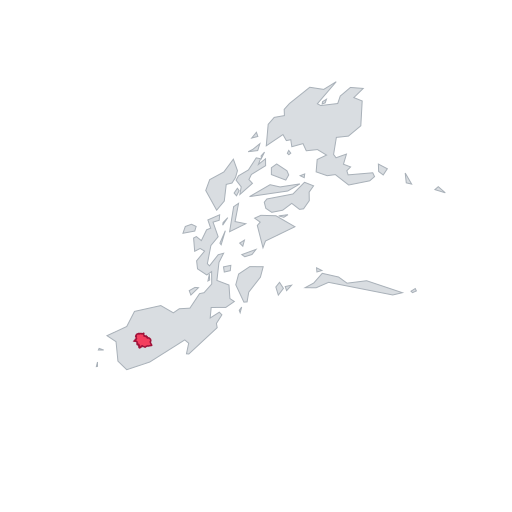 Kalinga, Kalinga, Philippines shown in context, rotated 238°
{"feature_id": "2640588B22535822566030", "entity_name": "Kalinga", "entity_type": "district", "adm_level": 2, "iso_a3": "PHL", "parent_name": "Philippines", "parent_adm1": "Kalinga", "projection": "robinson", "projection_center": [121.313, 17.431], "detail": "fine", "context": "in_parent", "style": "filled", "palette": "rose", "viewbox_px": 512, "rotation_deg": 238, "n_neighbors": 0, "source": "geoboundaries", "source_scale": "gbopen_adm2", "svg_char_len": 6364}
<svg xmlns="http://www.w3.org/2000/svg" viewBox="0 0 512 512"><g transform="rotate(238 256 256)"><path d="M240.0,83.2L257.5,91.9L267.4,87.4L264.7,109.0L273.4,123.6L264.4,149.0L251.6,155.8L251.9,163.0L246.8,172.3L254.0,188.2L252.4,192.5L255.7,203.6L266.3,210.1L266.0,204.2L276.1,199.6L283.4,203.1L287.4,215.0L292.0,212.6L292.5,206.5L304.3,212.6L304.1,215.7L298.0,217.8L304.4,228.0L303.6,232.3L312.1,234.3L310.2,247.0L305.8,243.7L307.5,237.5L292.4,234.1L288.8,223.3L275.3,210.7L272.3,211.3L277.1,224.6L275.5,230.0L270.2,221.2L256.0,209.9L245.7,217.7L233.7,211.3L228.9,213.5L228.4,203.1L236.1,190.7L227.7,184.3L227.8,195.1L224.2,195.9L219.8,186.7L215.8,185.1L208.5,147.1L209.9,145.2L217.7,152.7L222.6,151.1L222.4,109.7L228.1,86.1L240.0,83.2ZM344.0,323.1L361.2,336.1L363.9,344.9L360.0,354.5L365.4,357.6L367.6,365.2L370.6,391.0L361.4,401.7L361.3,416.4L352.6,388.7L349.3,390.6L342.0,406.1L347.0,412.2L348.9,425.4L341.3,435.7L338.5,422.9L331.2,428.2L310.9,413.9L308.7,397.9L314.0,387.0L301.0,375.6L296.9,375.9L294.5,386.7L287.5,378.8L281.4,383.4L280.2,378.2L276.0,377.1L264.7,399.1L260.5,398.6L259.5,392.3L267.1,372.2L283.0,366.4L286.4,358.9L295.5,351.6L305.4,359.0L304.2,369.3L313.7,364.5L318.6,354.4L326.4,355.4L329.7,344.3L336.2,347.1L337.8,342.9L344.7,343.2L344.0,323.1ZM292.8,336.2L285.0,342.0L282.0,334.9L274.7,330.5L270.8,321.3L272.5,317.6L281.7,314.2L280.7,302.9L284.7,292.5L291.2,289.6L297.2,291.5L298.6,295.4L289.0,320.2L292.8,336.2ZM338.2,248.1L345.3,257.2L344.3,273.3L350.1,288.1L338.2,285.5L333.4,280.2L330.6,274.3L332.5,268.7L319.4,258.2L315.7,246.9L338.2,248.1ZM259.3,266.3L281.2,273.3L282.5,277.5L288.8,274.9L287.9,281.7L279.6,294.2L260.2,304.5L263.7,272.0L259.3,266.3ZM176.4,336.7L147.3,360.7L150.5,351.3L195.2,303.6L197.2,290.1L203.1,280.9L202.5,290.7L206.2,303.0L194.4,314.9L184.7,318.8L176.4,336.7ZM223.3,221.3L242.3,223.6L249.9,231.7L250.3,245.1L243.1,256.4L235.7,248.5L229.2,230.7L221.8,224.1L223.3,221.3ZM322.5,280.1L330.9,279.3L333.3,283.7L333.0,295.2L339.1,308.2L336.1,311.4L332.4,306.6L333.4,315.6L327.5,312.0L327.6,295.3L324.6,290.5L319.5,291.5L316.7,274.9L322.5,280.1ZM293.9,331.4L294.3,317.4L309.8,282.0L309.0,305.7L301.8,313.0L293.9,331.4ZM323.1,322.3L311.9,327.4L307.4,326.7L304.6,321.5L316.9,312.2L322.7,315.8L323.1,322.3ZM290.6,246.5L309.7,263.2L309.9,269.1L296.3,256.5L288.8,264.4L290.6,246.5ZM317.1,218.1L312.8,220.9L309.6,217.3L314.0,206.1L318.5,211.7L317.1,218.1ZM269.1,408.5L260.4,413.6L257.3,406.8L262.7,404.8L269.1,408.5ZM211.0,254.2L219.2,256.4L221.2,262.0L214.0,262.1L211.0,254.2ZM259.2,220.6L264.0,222.7L261.4,229.7L257.2,226.4L259.2,220.6ZM238.4,422.2L247.3,426.5L234.5,426.1L238.4,422.2ZM349.2,318.8L344.5,313.3L348.6,304.6L348.1,309.9L349.2,318.8ZM264.7,244.7L261.6,259.5L259.4,253.4L261.3,246.1L264.7,244.7ZM217.5,442.9L218.2,447.3L209.3,450.0L217.5,442.9ZM262.0,181.0L261.7,187.6L259.6,190.4L257.4,180.1L262.0,181.0ZM278.0,296.5L274.1,305.0L274.1,300.1L278.0,296.5ZM214.6,264.6L212.4,270.7L210.4,263.6L214.6,264.6ZM323.3,276.1L320.3,276.3L317.4,271.4L321.0,270.8L323.3,276.1ZM275.6,249.0L275.6,254.6L271.3,250.0L275.6,249.0ZM360.7,321.9L356.4,320.9L358.3,314.9L360.7,321.9ZM286.0,232.2L293.7,243.4L284.0,232.4L286.0,232.2ZM213.9,301.1L208.8,304.2L210.2,299.2L213.9,301.1ZM300.7,336.0L299.8,340.8L296.9,338.4L300.7,336.0ZM301.8,245.8L303.5,252.4L299.8,244.1L301.8,245.8ZM144.0,373.8L141.4,373.5L142.0,369.3L144.0,368.8L144.0,373.8ZM328.2,339.7L324.8,340.0L324.5,337.5L326.5,337.0L328.2,339.7ZM351.6,398.8L349.2,395.8L349.9,392.7L351.6,394.2L351.6,398.8ZM218.8,213.0L220.3,216.8L216.3,212.5L218.8,213.0ZM338.2,313.4L339.6,318.3L335.9,312.3L338.2,313.4ZM260.8,74.0L257.0,77.0L259.8,72.5L260.8,74.0ZM265.4,206.9L260.2,204.0L260.3,202.0L265.4,206.9ZM246.8,62.0L250.1,65.4L246.4,63.1L246.8,62.0Z" fill="#d9dde1" stroke="#a8b0b8" stroke-width="1"/><path d="M235.5,120.2L235.7,120.3L236.2,120.3L236.3,120.4L237.6,120.4L238.3,120.5L238.8,120.7L239.2,120.7L239.5,121.1L239.6,121.4L239.6,121.6L239.9,121.9L240.3,122.1L240.7,122.2L241.3,122.4L241.6,122.3L241.8,122.3L242.3,122.2L242.6,122.0L242.9,122.0L243.3,121.8L243.4,121.7L243.6,121.4L243.6,121.2L243.7,120.8L243.9,120.8L244.0,120.7L244.3,120.7L244.4,120.4L244.5,120.3L244.8,120.5L245.1,120.7L245.3,120.7L245.5,120.6L245.6,120.4L245.8,120.2L245.8,120.3L245.9,120.2L246.0,120.2L246.2,119.9L246.3,119.9L246.4,120.0L246.4,119.9L246.5,119.9L246.7,119.7L246.8,119.7L247.0,119.4L247.2,119.2L247.2,119.3L247.2,119.2L247.3,119.2L247.5,119.2L247.9,119.1L248.7,119.0L249.0,119.0L249.3,119.1L249.5,119.2L249.5,119.3L249.6,119.5L249.7,119.4L249.8,119.5L250.0,119.6L250.1,118.9L250.3,118.4L250.5,118.2L250.8,117.5L251.3,117.4L251.6,116.2L251.9,115.5L252.4,115.6L252.4,115.3L252.5,114.8L252.6,114.7L252.7,114.3L252.8,113.9L252.8,113.7L252.8,113.4L252.6,113.3L252.5,112.9L252.4,112.7L252.5,112.5L252.0,111.8L251.9,111.8L251.8,111.7L251.7,112.1L251.2,111.9L251.1,111.7L250.5,111.2L250.2,111.1L249.7,111.0L249.5,110.9L249.3,110.9L249.2,110.8L249.2,110.4L249.1,110.0L249.0,109.7L248.8,109.5L249.0,109.4L248.7,109.1L248.8,109.0L248.8,108.9L248.7,108.8L248.7,108.7L248.6,108.8L248.6,108.7L248.6,108.8L248.4,108.8L248.4,109.0L248.2,109.0L247.9,108.9L247.9,108.4L247.9,108.2L247.4,108.9L246.6,109.3L246.3,109.6L245.8,109.3L244.6,109.2L244.8,109.0L244.8,108.9L244.7,108.9L244.7,108.7L244.4,108.5L244.3,108.4L244.2,108.4L244.2,108.5L244.1,108.4L243.8,108.4L243.8,108.5L243.7,108.7L243.5,108.8L243.6,109.0L243.4,109.2L243.2,109.2L243.2,109.3L243.1,109.5L242.9,109.7L242.7,109.7L242.3,109.5L242.2,109.5L242.2,109.4L242.0,109.2L241.9,109.2L241.7,109.2L241.7,108.9L241.4,108.9L241.2,108.9L241.1,109.0L241.0,108.9L241.0,108.7L240.9,108.6L240.7,108.7L240.4,108.7L240.3,108.4L240.2,108.4L240.0,108.7L239.9,108.8L239.7,108.8L239.7,109.0L239.7,109.5L239.9,109.9L239.7,110.1L239.7,110.3L239.8,110.5L240.2,110.7L240.3,110.9L240.3,111.1L240.2,111.3L240.2,111.5L240.1,111.8L240.0,112.1L239.8,112.1L239.5,112.1L239.3,112.1L239.2,112.1L239.1,112.3L239.0,112.5L238.7,112.8L238.4,113.1L238.2,113.2L238.1,113.3L237.8,113.4L237.6,113.5L237.4,113.8L237.4,114.0L237.5,114.4L237.6,114.9L237.5,115.2L237.5,115.3L237.4,115.5L237.4,115.8L237.4,116.1L237.3,116.3L237.1,116.6L236.8,116.8L236.7,117.0L236.6,117.3L236.5,117.7L236.4,117.9L236.3,118.1L236.2,118.3L236.1,118.6L236.0,118.8L235.9,119.0L235.8,119.4L235.8,119.5L235.6,119.7L235.6,119.9L235.5,120.1L235.5,120.2Z" fill="#f43f5e" stroke="#9f1239" stroke-width="1.5"/></g></svg>